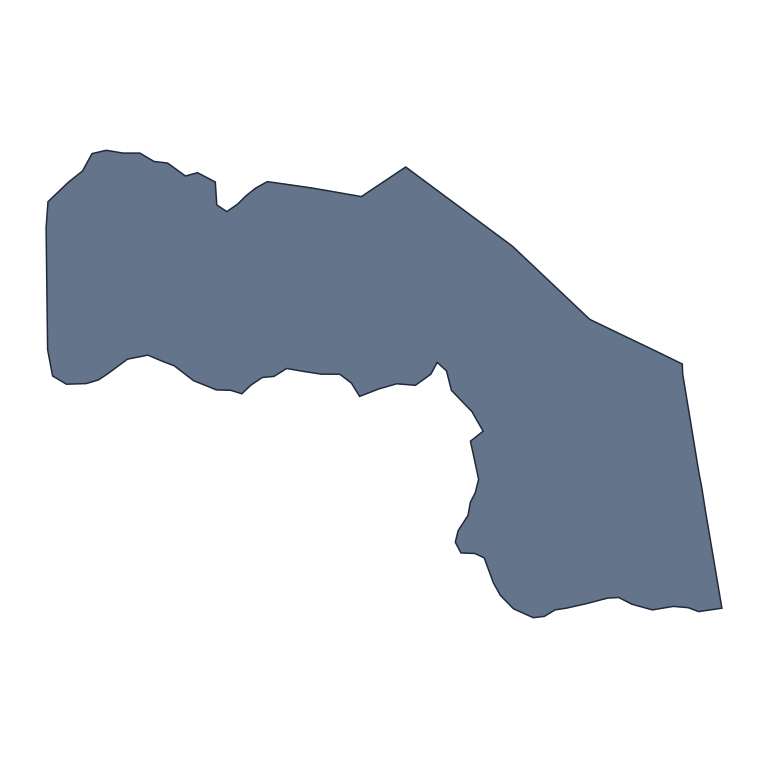 the district of Carpina, Pernambuco, Brazil
{"feature_id": "56859067B99031054776373", "entity_name": "Carpina", "entity_type": "district", "adm_level": 2, "iso_a3": "BRA", "parent_name": "Brazil", "parent_adm1": "Pernambuco", "projection": "orthographic", "projection_center": [-35.313, -7.827], "detail": "fine", "context": "isolated", "style": "filled", "palette": "slate", "viewbox_px": 768, "rotation_deg": 0, "n_neighbors": 0, "source": "geoboundaries", "source_scale": "gbopen_adm2", "svg_char_len": 1237}
<svg xmlns="http://www.w3.org/2000/svg" viewBox="0 0 768 768"><path d="M48.0,201.7L46.1,227.8L47.6,349.6L52.6,376.0L66.4,384.2L86.2,383.6L98.5,379.9L108.0,373.6L127.4,359.2L147.7,355.1L162.7,361.4L174.4,365.9L193.6,380.7L216.4,389.9L230.7,390.3L241.9,393.8L250.7,385.3L262.3,377.5L274.0,376.4L286.7,368.5L303.3,371.4L321.6,374.2L339.7,374.2L351.4,383.1L359.6,396.4L379.2,388.8L396.7,383.8L415.4,385.3L430.9,374.2L437.2,362.4L446.5,370.9L451.4,390.3L471.9,411.6L483.1,431.2L470.4,441.2L473.6,455.8L478.6,479.3L475.3,492.6L470.4,502.2L468.0,515.4L458.1,530.7L455.3,542.2L460.9,552.9L474.9,553.5L484.2,557.9L493.4,582.9L500.3,595.3L513.5,608.8L533.3,617.7L544.3,616.4L555.1,609.9L566.7,608.1L585.9,603.8L607.5,598.1L618.7,597.5L631.8,604.2L652.3,609.9L673.4,606.4L688.3,607.7L698.6,611.6L721.9,608.2L718.7,589.2L705.3,510.0L701.7,487.0L698.9,472.6L690.1,418.8L682.7,374.2L682.3,364.0L657.3,351.8L619.1,333.5L589.8,319.4L512.4,246.2L405.7,167.0L361.3,196.6L312.6,188.1L267.3,181.6L255.6,188.1L245.7,196.0L238.0,203.8L226.8,211.6L216.8,204.9L215.3,182.0L197.6,172.7L185.4,176.0L167.7,163.1L153.9,161.4L139.9,153.1L123.3,153.1L106.2,150.3L92.0,153.6L82.5,171.0L68.5,182.1L48.0,201.7Z" fill="#64748b" stroke="#1e293b" stroke-width="1.5"/></svg>